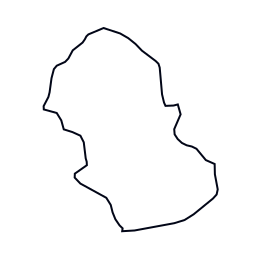 Gombe, orthographic projection, rotated 352°
{"feature_id": "NGA-2859", "entity_name": "Gombe", "entity_type": "State", "adm_level": 1, "iso_a3": "NGA", "parent_name": "Nigeria", "parent_adm1": "", "projection": "orthographic", "projection_center": [11.213, 10.454], "detail": "fine", "context": "isolated", "style": "outline", "palette": "ink", "viewbox_px": 256, "rotation_deg": 352, "n_neighbors": 0, "source": "natural_earth", "source_scale": "10m", "svg_char_len": 897}
<svg xmlns="http://www.w3.org/2000/svg" viewBox="0 0 256 256"><g transform="rotate(352 128 128)"><path d="M107.9,229.4L108.7,226.6L106.1,223.3L102.8,216.6L101.0,209.4L100.2,201.8L96.8,194.1L73.1,176.4L68.3,169.7L69.0,165.8L82.1,159.1L82.4,155.7L81.9,152.2L82.2,136.0L79.8,129.0L72.4,124.3L64.2,120.4L63.0,111.2L59.5,103.2L47.2,97.9L47.5,94.6L53.5,86.2L55.3,81.8L59.2,68.0L62.8,59.4L66.1,56.4L74.9,53.8L78.6,50.9L84.1,43.4L94.9,37.1L97.6,34.2L99.5,31.5L101.8,29.8L117.7,25.6L133.4,33.3L140.7,39.0L147.1,45.8L152.6,53.4L164.7,65.5L167.1,68.6L167.8,72.6L166.4,99.4L167.2,107.8L168.2,111.3L176.3,112.1L180.6,111.6L182.0,121.8L173.6,135.6L173.3,140.8L175.7,145.9L179.3,150.3L183.7,153.3L188.6,155.2L192.9,158.1L200.6,170.6L208.8,175.7L207.6,185.9L208.3,201.3L206.5,206.2L202.3,209.7L181.0,222.6L171.2,227.0L160.6,228.7L120.2,230.4L107.9,229.4Z" fill="none" stroke="#020617" stroke-width="2"/></g></svg>